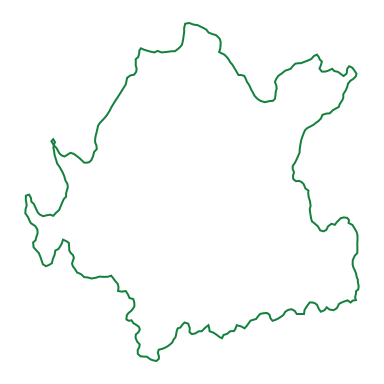 the district of Rio Vermelho, Minas Gerais, Brazil
{"feature_id": "56859067B81516280099310", "entity_name": "Rio Vermelho", "entity_type": "district", "adm_level": 2, "iso_a3": "BRA", "parent_name": "Brazil", "parent_adm1": "Minas Gerais", "projection": "robinson", "projection_center": [-43.059, -18.249], "detail": "fine", "context": "isolated", "style": "outline", "palette": "green", "viewbox_px": 384, "rotation_deg": 0, "n_neighbors": 0, "source": "geoboundaries", "source_scale": "gbopen_adm2", "svg_char_len": 5305}
<svg xmlns="http://www.w3.org/2000/svg" viewBox="0 0 384 384"><path d="M355.9,293.9L356.1,291.1L358.2,289.5L358.7,286.2L357.9,282.5L357.8,279.7L356.7,276.7L356.0,273.2L354.8,270.3L353.5,267.8L352.6,264.4L352.8,260.0L354.7,255.8L357.3,253.0L357.4,249.1L357.3,243.3L357.5,239.8L357.5,235.5L356.6,231.9L354.8,228.8L352.4,224.9L348.6,223.0L349.0,220.1L347.2,217.9L343.8,217.4L340.7,218.2L338.8,220.2L336.8,222.1L334.9,224.8L331.5,223.8L328.1,226.3L326.3,229.9L323.6,231.3L320.2,230.4L318.0,226.4L314.8,223.6L311.9,221.3L311.0,217.8L310.3,213.5L309.7,209.4L310.6,205.7L310.0,201.3L308.7,197.1L308.2,193.1L308.4,190.5L305.5,188.6L303.6,184.0L301.3,181.9L299.1,180.9L296.1,181.2L293.3,179.2L293.0,175.8L294.0,172.3L292.7,168.9L292.7,166.0L295.0,162.7L296.6,159.4L298.0,156.3L299.6,152.6L299.7,149.5L300.2,145.7L301.1,140.6L302.3,136.9L303.5,133.7L305.0,130.2L307.1,128.2L310.3,126.5L313.2,125.0L315.6,123.1L318.4,121.1L321.0,118.4L322.4,114.9L326.2,113.6L329.8,113.3L332.8,110.2L335.7,108.6L338.7,107.0L340.0,103.6L342.2,100.4L343.3,97.8L343.3,94.2L345.9,90.1L347.2,87.0L348.0,83.6L350.4,80.8L353.4,78.8L355.8,76.4L356.5,73.8L354.5,70.6L352.4,67.8L349.2,66.2L347.3,68.6L346.6,73.6L343.6,76.0L340.7,73.9L338.0,71.9L334.2,71.0L332.2,68.8L328.4,70.6L325.3,71.6L321.8,71.6L319.5,68.6L320.9,65.2L321.9,61.5L319.7,59.4L318.7,56.9L316.9,54.6L313.8,56.1L311.3,59.0L307.5,60.7L303.6,62.1L301.1,63.2L298.4,63.2L295.3,63.7L292.9,66.0L290.8,68.6L288.3,69.7L285.3,70.6L281.4,73.7L278.3,75.9L276.3,78.8L274.9,81.9L276.3,85.5L276.7,88.6L275.8,91.3L275.5,94.7L275.0,98.7L273.0,100.8L269.4,101.1L264.9,102.2L260.8,101.0L257.5,98.9L254.7,96.0L253.0,92.7L251.1,89.4L249.9,86.6L248.6,84.1L247.0,82.0L245.9,79.1L244.3,75.9L241.1,75.0L238.5,75.0L237.1,72.6L235.7,70.2L234.1,67.5L232.3,64.6L230.4,62.5L229.1,60.2L227.7,58.1L224.6,54.8L221.2,53.1L219.1,52.0L220.1,49.1L220.5,46.0L220.7,42.3L219.8,39.0L217.8,36.8L215.9,35.1L212.2,34.0L208.6,32.6L206.3,29.6L202.9,27.7L200.1,26.4L197.8,25.2L193.6,24.6L189.2,23.0L185.2,23.7L184.1,28.1L184.2,31.7L183.7,35.3L183.2,38.9L182.7,41.7L181.9,44.9L179.9,47.2L177.5,49.3L174.9,51.2L171.3,51.3L167.7,51.8L165.1,52.1L161.6,52.4L157.6,50.9L154.6,52.4L152.0,52.0L148.0,50.9L144.0,49.7L140.9,48.3L139.4,50.5L139.2,53.4L138.2,57.1L135.7,59.2L135.8,62.5L135.7,65.2L136.6,68.6L136.2,71.8L134.1,74.7L130.4,75.4L127.1,77.9L126.2,82.5L125.4,85.1L123.1,88.6L121.1,91.9L119.2,94.9L117.2,98.0L115.1,101.1L113.2,104.2L111.2,107.6L109.4,111.1L107.0,115.0L105.1,117.4L102.6,120.1L99.8,123.0L98.1,125.6L97.4,128.8L96.6,132.2L95.7,135.6L95.2,138.8L95.1,142.3L96.4,145.4L96.8,149.1L94.1,152.0L93.0,156.5L91.2,160.4L89.0,162.3L86.5,162.7L84.1,162.6L82.2,160.7L79.6,158.3L76.7,156.0L73.8,153.9L70.5,152.8L67.2,154.9L64.4,156.5L61.5,155.3L59.3,153.2L58.1,151.0L56.5,148.0L53.7,145.1L53.4,147.8L54.0,150.7L54.6,155.1L56.1,159.9L57.3,163.8L59.4,166.6L61.4,170.2L62.9,172.9L64.2,176.1L65.5,180.6L67.5,184.1L67.8,187.5L66.8,190.6L66.1,193.5L66.1,196.7L63.9,198.9L62.3,202.3L60.7,206.2L59.1,210.1L56.0,212.8L53.3,215.8L50.2,214.7L46.6,215.3L43.1,216.2L39.7,214.5L37.8,212.5L36.5,209.7L35.0,206.6L33.9,204.0L31.4,201.7L30.9,197.8L29.1,194.6L25.9,195.7L25.8,199.9L26.3,202.7L26.7,205.6L25.6,209.0L25.3,213.3L28.1,217.2L29.3,220.2L30.9,223.2L33.2,224.7L35.2,226.0L37.4,229.5L37.6,233.5L36.5,236.5L35.5,240.3L33.1,242.5L33.6,247.3L36.4,250.5L38.8,253.0L40.2,256.4L41.5,260.2L42.9,264.3L46.0,266.2L49.1,264.9L51.9,263.2L52.8,259.1L54.6,254.8L55.3,250.5L58.3,249.1L60.0,246.7L61.8,243.5L63.0,239.7L66.2,241.1L68.8,242.8L69.1,246.7L69.3,250.7L71.0,253.3L72.9,255.0L73.9,257.7L72.8,261.1L72.0,263.7L72.9,266.3L75.1,269.2L77.1,272.5L79.4,273.4L81.6,274.6L84.1,277.1L88.0,277.5L91.5,278.5L95.6,277.8L99.4,276.6L104.4,276.9L108.1,276.7L111.2,275.7L113.4,278.5L115.5,281.3L117.7,283.8L118.5,287.3L118.1,291.0L121.6,291.6L125.8,291.1L127.9,294.3L129.5,298.0L133.3,299.1L134.3,302.8L134.4,306.4L132.8,308.9L130.9,311.1L128.6,312.9L126.8,315.3L126.4,319.4L128.7,320.8L131.5,320.3L133.5,323.3L136.6,325.1L138.9,326.8L139.8,329.6L138.4,332.3L135.9,334.4L135.5,337.7L137.1,341.5L139.7,344.4L139.2,347.4L137.7,350.0L137.8,353.9L140.5,356.3L143.6,356.6L146.9,356.7L150.5,359.4L153.0,360.3L156.4,361.0L158.8,358.9L158.9,356.2L157.8,352.8L158.7,349.7L162.4,348.8L165.5,347.5L168.5,345.7L172.1,342.7L173.7,339.4L175.4,337.4L176.2,334.3L176.6,331.5L177.6,328.5L180.4,327.5L182.3,324.8L184.5,322.5L188.2,323.7L189.8,328.1L189.5,332.1L191.8,334.1L195.1,333.5L198.7,331.3L201.8,331.2L203.8,329.1L206.0,327.1L208.4,325.2L209.2,328.1L209.6,331.3L213.2,332.5L216.8,334.9L219.6,337.1L222.0,338.2L223.5,335.0L227.2,333.8L230.4,331.1L233.9,331.1L235.4,328.8L236.8,325.2L241.4,326.5L244.6,328.3L246.6,326.1L248.3,323.7L250.5,320.6L253.7,319.7L256.2,318.9L258.1,316.2L260.2,313.9L263.6,313.2L267.1,313.0L269.5,314.8L270.5,318.3L272.5,320.8L275.1,320.0L278.1,318.6L280.9,316.8L283.4,315.0L285.3,311.7L288.2,309.9L291.5,309.2L294.7,310.9L296.8,314.0L300.1,314.0L304.0,314.0L304.6,309.8L306.7,306.6L308.2,304.4L309.8,302.4L312.5,302.5L314.9,303.2L317.1,304.9L318.8,308.9L320.8,311.7L324.5,310.2L326.7,307.3L329.4,309.5L333.6,310.2L336.9,308.1L339.1,303.8L342.1,302.3L344.7,301.3L347.6,300.4L350.6,302.5L352.7,300.6L355.9,300.1L355.1,297.3L355.9,293.9ZM53.7,145.1L55.0,142.1L53.2,139.2L51.4,141.2L53.7,145.1Z" fill="none" stroke="#15803d" stroke-width="2"/></svg>